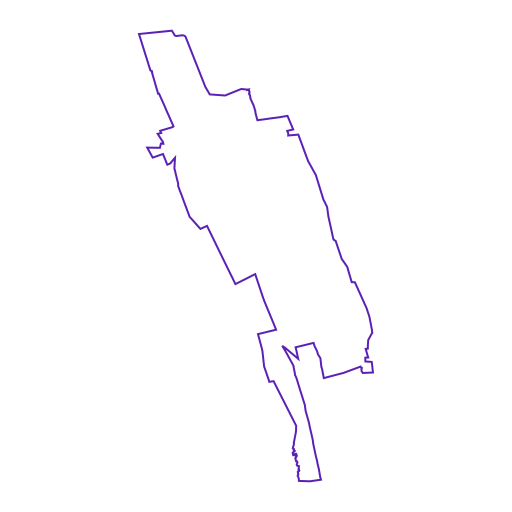 the district of El Naranjo, San Luis Potosí, Mexico
{"feature_id": "50627088B30003317916079", "entity_name": "El Naranjo", "entity_type": "district", "adm_level": 2, "iso_a3": "MEX", "parent_name": "Mexico", "parent_adm1": "San Luis Potosí", "projection": "mercator", "projection_center": [-99.359, 22.447], "detail": "fine", "context": "isolated", "style": "outline", "palette": "violet", "viewbox_px": 512, "rotation_deg": 0, "n_neighbors": 0, "source": "geoboundaries", "source_scale": "gbopen_adm2", "svg_char_len": 4523}
<svg xmlns="http://www.w3.org/2000/svg" viewBox="0 0 512 512"><path d="M160.2,130.8L161.2,133.0L158.7,133.6L157.7,133.8L158.1,134.4L158.8,135.6L159.1,136.1L159.6,136.9L159.7,137.1L159.9,137.3L160.1,137.6L160.2,137.8L160.6,138.4L160.9,138.9L161.3,139.6L162.1,140.5L162.4,141.1L162.8,141.7L163.0,142.3L163.4,143.8L163.2,143.8L162.1,143.6L161.1,143.4L160.9,143.5L160.9,143.8L160.6,144.8L160.4,145.8L160.3,146.2L160.1,146.9L160.0,147.4L159.9,147.8L159.2,147.8L147.2,147.6L152.7,157.6L156.2,156.4L163.0,154.0L167.3,164.7L170.6,163.3L170.8,162.7L175.0,157.8L174.4,168.2L174.4,168.5L175.3,172.0L176.3,176.2L176.6,177.5L178.2,183.8L178.1,185.8L179.0,188.3L179.7,190.3L182.0,196.2L184.9,204.2L185.8,206.5L189.6,216.8L192.7,220.2L200.4,228.9L207.0,225.9L217.1,246.6L218.0,248.5L231.4,275.9L231.5,276.0L235.4,284.1L255.2,274.1L262.8,296.9L264.4,301.3L268.7,311.7L273.5,323.3L276.1,329.7L258.0,334.1L261.3,346.4L262.4,350.9L264.1,366.4L268.6,379.5L269.3,381.8L273.6,381.2L277.8,389.5L284.3,402.3L289.3,412.2L293.7,420.9L296.2,425.8L296.1,427.7L296.1,429.5L295.9,432.1L293.8,443.0L294.0,444.1L293.2,446.7L292.8,448.2L293.2,448.8L293.8,448.9L294.0,449.1L293.7,449.7L294.0,450.5L294.3,450.6L293.8,451.1L293.9,451.4L294.2,451.6L292.8,452.6L292.7,453.1L293.2,455.2L293.5,455.2L294.2,455.0L294.5,454.9L294.6,454.7L294.4,454.3L294.4,454.2L295.1,454.2L295.5,453.9L295.9,453.8L296.2,453.8L296.3,453.9L296.3,454.6L296.4,454.9L296.8,455.4L296.6,455.9L296.7,456.2L296.6,456.3L296.3,456.1L296.1,456.1L295.7,456.4L295.7,456.7L295.9,456.9L296.1,457.0L295.7,457.7L295.7,458.0L295.3,458.3L295.4,458.6L295.6,459.1L295.7,459.8L296.0,460.7L296.1,461.2L296.2,461.4L297.0,461.3L297.5,462.5L297.1,463.4L296.7,464.4L296.8,464.7L297.1,465.6L298.5,466.0L298.8,466.0L298.9,466.9L298.6,468.2L298.9,468.7L298.6,469.6L299.0,469.8L299.1,470.3L299.3,470.5L299.1,471.0L298.9,471.2L298.0,471.5L297.8,471.9L298.0,472.2L297.9,472.7L298.4,474.5L297.7,475.2L297.7,475.9L297.9,476.0L298.8,478.7L298.9,480.9L309.9,481.3L321.0,479.7L320.2,477.1L320.0,475.7L319.8,474.6L319.6,473.8L319.5,472.5L319.1,470.9L318.9,468.9L318.4,467.4L318.0,465.3L317.7,464.5L317.2,461.5L316.4,458.2L316.0,456.8L313.2,443.6L312.9,440.8L312.6,439.3L312.2,437.4L310.1,428.4L309.7,426.6L309.4,425.0L308.9,422.6L307.7,418.3L305.6,410.8L304.8,404.9L304.4,403.6L303.1,399.5L302.2,396.5L300.6,391.5L300.3,390.6L296.4,377.9L296.1,377.3L295.7,376.3L295.1,375.3L294.9,373.9L294.8,373.2L294.7,372.3L294.4,371.0L293.7,367.3L293.4,365.6L291.1,361.4L285.0,350.3L282.2,345.9L285.0,347.7L298.2,358.8L296.3,350.1L295.6,347.3L313.6,342.9L314.7,346.5L315.8,348.5L317.1,351.4L317.4,352.3L317.9,354.3L320.4,358.2L321.4,367.1L322.0,368.7L323.8,378.1L325.3,377.7L332.1,375.9L340.1,373.8L343.9,372.8L345.2,372.3L360.5,366.6L360.8,367.2L361.2,367.5L361.3,367.7L361.9,368.0L361.6,368.7L361.4,369.0L361.5,369.9L361.5,371.0L362.8,373.0L373.0,372.5L372.5,368.6L372.2,365.4L372.0,363.9L371.7,361.9L365.4,361.5L365.3,357.7L368.2,357.5L367.7,356.0L365.7,348.9L367.8,348.7L367.8,348.0L367.9,344.6L368.0,343.7L368.2,340.1L371.6,333.8L372.3,332.9L371.9,329.7L369.5,317.2L369.4,316.8L366.6,308.2L354.9,282.3L351.7,282.1L347.2,266.8L341.7,258.9L335.9,241.6L335.7,241.0L333.5,239.5L333.3,238.8L331.3,229.6L329.4,221.1L328.4,216.6L327.1,207.0L326.0,204.8L324.7,202.0L324.5,201.7L323.3,199.3L323.3,199.2L320.3,189.5L318.1,182.3L316.5,177.2L315.9,175.1L315.0,173.5L312.5,169.0L309.4,163.4L308.2,161.3L304.2,150.6L302.5,145.9L298.3,134.6L288.2,135.5L288.3,134.6L288.2,133.3L287.2,130.9L293.2,129.5L287.5,115.9L281.2,116.9L280.6,117.1L269.9,118.5L264.5,119.3L258.8,120.0L257.4,120.2L257.2,119.6L257.1,119.1L256.9,118.3L256.6,117.4L256.2,115.8L255.9,114.6L255.5,112.8L255.3,111.8L255.3,110.6L255.0,110.2L254.3,107.5L253.7,106.1L253.3,104.5L252.9,104.0L252.4,103.0L252.3,102.4L251.9,101.8L251.2,100.2L250.4,98.5L250.4,97.5L250.3,97.4L250.4,97.2L250.2,96.4L250.1,95.9L249.9,95.0L249.7,94.7L249.5,94.3L249.4,94.1L249.2,94.2L249.0,93.7L249.1,93.3L249.3,93.1L249.5,92.9L249.4,92.5L249.4,92.3L249.4,92.0L249.5,91.8L249.5,91.7L249.4,91.4L249.2,91.2L248.9,90.9L248.9,90.6L248.8,90.4L249.0,90.3L249.0,90.0L248.7,89.6L248.8,89.4L247.8,89.5L246.9,90.1L246.5,89.5L241.2,89.0L230.0,93.5L225.1,95.5L209.8,94.4L209.4,93.8L209.3,93.6L205.4,87.0L185.5,36.6L184.1,35.6L182.8,35.3L181.4,35.4L176.3,36.0L174.9,35.6L171.9,30.7L139.0,34.0L142.0,43.6L142.5,45.2L147.1,59.9L150.4,70.4L152.0,71.2L152.1,71.9L151.8,71.9L158.1,93.7L159.0,93.6L164.6,106.1L165.8,109.0L168.8,115.7L173.5,126.4L172.6,127.1L160.2,130.8Z" fill="none" stroke="#5b21b6" stroke-width="2"/></svg>